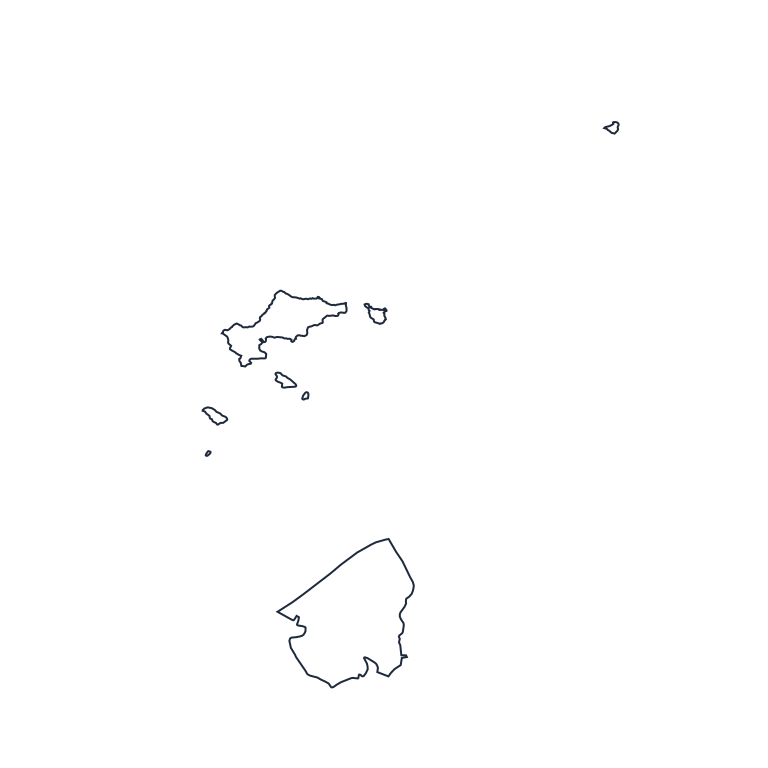 the district of Hoi An, Quàng Nam, Vietnam, rotated 283°
{"feature_id": "81297802B62948768430814", "entity_name": "Hoi An", "entity_type": "district", "adm_level": 2, "iso_a3": "VNM", "parent_name": "Vietnam", "parent_adm1": "Quàng Nam", "projection": "equal_earth", "projection_center": [108.484, 15.896], "detail": "fine", "context": "isolated", "style": "outline", "palette": "slate", "viewbox_px": 768, "rotation_deg": 283, "n_neighbors": 0, "source": "geoboundaries", "source_scale": "gbopen_adm2", "svg_char_len": 6147}
<svg xmlns="http://www.w3.org/2000/svg" viewBox="0 0 768 768"><g transform="rotate(283 384 384)"><path d="M101.8,442.3L100.1,454.1L104.2,455.8L108.7,458.5L113.9,463.5L121.1,463.0L123.1,467.7L124.6,466.5L123.6,461.9L133.2,458.6L135.7,456.7L139.2,456.7L141.2,455.3L142.5,455.6L145.3,457.8L146.5,458.1L153.2,457.6L155.4,456.8L158.3,453.7L160.9,451.7L163.2,451.2L165.1,451.4L171.4,454.1L175.0,454.9L176.8,454.3L179.2,453.9L180.2,454.3L182.3,456.3L185.5,458.1L188.3,458.6L191.5,458.7L194.6,458.3L197.6,456.6L201.7,452.9L215.4,441.9L223.2,433.5L234.0,423.4L233.0,421.0L227.9,411.7L224.6,407.6L213.8,395.8L198.6,382.9L187.3,374.4L161.2,352.9L150.9,344.0L138.1,331.5L133.6,347.1L133.4,348.9L134.0,349.5L138.4,351.0L137.6,353.6L133.9,353.8L130.2,353.3L129.7,353.6L129.4,354.5L129.7,359.2L129.6,360.4L129.4,361.7L128.9,362.4L125.5,363.1L123.4,362.7L121.3,361.8L120.2,360.7L118.8,358.2L117.5,355.2L116.1,351.0L115.3,350.0L114.6,349.7L112.4,349.6L106.0,352.6L100.3,358.1L98.3,359.6L86.6,372.3L84.3,374.3L83.6,375.8L83.2,378.0L83.0,385.2L81.8,389.0L80.8,393.8L79.7,397.5L76.7,400.7L76.6,401.4L77.4,402.9L80.5,405.7L83.8,409.2L89.8,417.9L90.6,419.5L91.2,424.7L91.6,425.1L94.9,425.0L95.3,425.2L95.4,425.9L95.2,426.8L94.5,427.8L94.3,428.6L94.8,429.9L98.2,431.4L102.3,432.3L104.9,431.6L107.7,430.3L112.3,426.3L113.0,426.3L113.4,426.8L113.2,429.5L110.6,437.3L109.6,439.3L107.9,440.8L106.2,441.9L101.8,442.3ZM398.1,215.5L397.6,214.9L396.9,214.7L397.0,215.5L394.9,220.4L393.9,221.3L391.5,222.5L389.1,222.8L388.2,223.8L387.1,226.0L386.7,226.5L384.2,225.8L383.3,226.1L382.6,227.6L381.5,231.7L380.8,232.9L379.7,236.1L379.4,238.6L376.6,238.2L375.8,237.3L373.9,237.9L372.5,239.6L369.5,241.0L369.8,242.5L369.8,244.8L372.1,246.3L373.1,247.9L373.7,249.5L374.0,249.7L374.7,249.8L376.2,247.6L376.9,247.5L378.2,248.2L378.8,249.1L380.2,255.2L381.4,258.6L382.0,261.6L382.3,262.5L383.1,263.0L385.2,262.6L386.5,262.6L387.0,262.3L388.1,260.1L388.2,257.9L388.8,255.9L390.4,254.5L393.7,253.8L394.0,253.9L395.0,255.1L397.3,256.3L397.8,255.9L398.4,254.0L399.4,252.9L400.4,254.1L399.9,254.9L399.7,254.6L399.3,254.8L398.7,256.4L397.8,256.6L397.7,257.5L398.3,258.7L399.2,259.2L400.9,259.0L401.8,258.5L403.1,259.2L403.6,259.8L404.6,262.3L404.8,264.6L404.5,266.9L405.7,269.0L405.9,270.0L406.5,274.8L406.1,276.0L406.1,277.0L406.5,278.7L406.3,279.9L406.9,282.0L406.3,283.9L405.0,283.9L404.6,284.4L404.4,285.2L404.6,285.6L405.8,286.8L406.4,286.7L408.3,287.4L408.4,288.0L409.3,287.5L410.3,287.7L412.0,289.0L412.5,290.8L412.3,292.1L412.6,293.4L412.7,295.6L414.2,297.5L416.2,297.9L419.1,296.9L422.0,297.2L422.9,298.2L423.9,300.4L425.5,302.4L426.0,303.6L426.0,305.3L426.3,306.1L428.4,308.0L429.7,310.3L430.1,310.5L430.8,310.4L432.1,309.8L433.3,309.7L437.7,313.1L438.0,313.8L438.0,315.2L439.2,318.5L439.4,319.7L439.2,320.7L439.8,323.1L440.2,323.7L441.1,324.0L441.6,324.1L442.2,323.6L443.1,324.1L444.1,326.1L444.3,328.7L444.7,330.2L446.5,331.0L447.7,330.9L450.1,330.2L451.8,329.2L454.3,328.8L454.3,328.1L453.4,327.8L453.4,326.9L452.6,325.1L452.4,323.9L451.8,323.1L450.7,320.3L449.8,318.9L449.7,318.4L449.9,317.5L449.2,315.6L449.3,313.2L449.8,311.5L449.7,310.3L450.0,309.7L450.6,309.7L450.9,308.7L451.2,305.6L452.7,304.4L452.8,302.2L453.4,302.1L454.1,301.0L454.0,299.9L453.5,299.8L452.8,300.5L452.7,299.4L452.0,298.9L451.3,296.0L451.6,295.0L450.7,294.1L450.7,292.7L449.5,290.9L449.6,288.9L448.3,286.0L448.7,283.3L448.2,282.7L448.6,278.9L448.0,275.3L448.3,273.9L449.6,270.9L450.1,269.0L450.1,267.8L451.1,266.3L451.2,264.8L451.7,263.3L451.6,261.9L448.4,258.8L446.2,257.6L445.1,257.7L443.4,258.5L441.0,257.4L440.4,256.7L437.1,256.7L436.9,256.2L436.0,256.0L435.3,255.0L434.1,254.4L432.7,255.1L431.8,254.6L430.3,253.2L429.0,253.3L428.5,252.8L426.7,252.4L426.5,251.7L426.1,251.4L425.3,251.2L424.0,249.9L422.4,249.3L421.5,248.3L420.1,248.2L418.9,248.9L417.5,248.7L415.3,246.6L414.5,245.4L411.3,244.1L410.5,243.2L409.9,241.5L409.6,239.7L408.5,238.5L408.4,237.2L407.5,234.0L407.8,233.1L408.8,231.7L408.8,230.3L409.2,229.6L409.8,226.8L408.0,224.6L406.3,223.4L405.4,223.2L404.7,222.2L403.1,221.4L401.2,219.6L401.0,216.8L400.0,215.7L399.6,215.4L398.1,215.5ZM458.2,351.2L458.3,349.5L458.0,348.4L457.6,347.7L457.1,347.2L455.6,348.2L454.6,350.4L454.3,351.9L454.1,352.1L452.8,352.3L451.9,353.5L450.2,353.1L449.6,353.8L446.3,355.4L445.8,356.0L444.5,359.5L442.6,360.2L442.1,361.2L442.0,364.2L441.6,366.4L442.2,366.8L442.6,368.3L443.0,368.9L444.8,370.1L445.8,370.1L447.4,371.3L447.6,371.2L447.7,370.7L448.2,370.8L449.0,370.4L450.5,369.0L452.7,368.5L453.1,367.7L453.4,367.6L454.5,368.4L455.0,368.4L455.3,369.4L455.7,370.0L456.4,369.9L457.0,369.3L457.2,368.7L457.9,368.1L457.9,367.8L457.1,367.0L456.0,367.3L456.0,365.8L455.7,365.2L455.6,364.1L455.2,363.4L455.2,362.9L455.7,363.0L455.8,362.1L455.1,358.5L454.6,358.2L454.7,357.0L455.2,354.8L456.3,354.2L456.4,353.8L455.6,353.4L455.7,352.8L457.0,351.5L458.2,351.2ZM313.8,239.3L315.0,238.9L316.3,237.2L316.9,233.3L318.4,231.1L319.2,227.1L320.7,224.8L321.7,221.6L321.6,217.5L319.8,214.6L317.8,213.2L317.1,213.3L316.8,215.9L315.2,217.6L313.7,221.1L311.6,222.0L311.2,222.4L310.9,224.4L309.6,225.0L309.2,225.6L308.7,226.6L308.3,229.0L307.0,230.5L307.1,231.4L309.3,233.4L310.0,236.1L313.8,239.3ZM371.3,278.2L370.6,276.5L369.7,276.0L369.1,276.1L367.8,277.6L367.1,278.1L366.1,278.2L364.0,277.4L363.5,277.6L363.1,278.0L362.4,279.9L361.9,283.4L361.4,284.8L358.3,285.1L358.0,285.5L357.9,286.3L358.0,287.7L359.2,290.6L361.3,297.8L361.9,298.7L362.7,298.9L363.8,298.1L367.4,291.5L368.1,288.9L369.3,286.7L369.6,283.1L371.3,280.7L371.3,278.2ZM688.0,548.1L686.0,545.7L684.2,542.0L683.6,541.4L682.9,541.0L682.7,543.9L681.8,545.0L681.6,546.1L679.9,549.3L679.9,552.4L683.4,554.5L684.9,554.8L686.4,554.0L687.6,553.9L688.5,554.3L689.3,554.3L690.4,553.9L691.2,552.6L691.4,551.0L690.8,548.8L690.4,548.3L689.9,548.4L689.1,549.0L688.0,548.1ZM352.9,313.1L356.0,312.9L357.7,312.4L358.5,311.5L358.6,310.6L358.5,310.1L357.6,309.2L354.4,307.8L351.3,307.6L350.8,308.5L350.8,309.4L351.8,310.4L352.9,313.1ZM278.6,230.4L279.0,229.8L279.1,228.1L278.6,227.5L275.3,226.3L274.4,226.4L274.2,226.7L274.1,227.4L274.3,228.0L274.7,228.4L277.2,230.2L278.6,230.4Z" fill="none" stroke="#1e293b" stroke-width="2"/></g></svg>